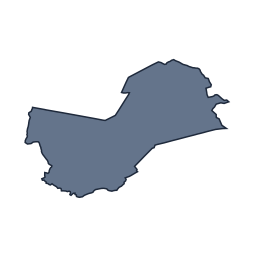 the district of Caruaru, Pernambuco, Brazil, rotated 260°
{"feature_id": "56859067B68143060534399", "entity_name": "Caruaru", "entity_type": "district", "adm_level": 2, "iso_a3": "BRA", "parent_name": "Brazil", "parent_adm1": "Pernambuco", "projection": "equal_earth", "projection_center": [-36.026, -8.188], "detail": "fine", "context": "isolated", "style": "filled", "palette": "slate", "viewbox_px": 256, "rotation_deg": 260, "n_neighbors": 0, "source": "geoboundaries", "source_scale": "gbopen_adm2", "svg_char_len": 2917}
<svg xmlns="http://www.w3.org/2000/svg" viewBox="0 0 256 256"><g transform="rotate(260 128 128)"><path d="M162.8,215.6L163.5,214.0L164.0,212.7L165.3,212.2L166.8,211.6L168.1,210.4L169.5,209.8L171.0,209.2L172.6,209.0L174.1,208.1L174.9,206.7L175.2,205.2L175.7,203.9L176.1,202.3L177.2,200.3L178.0,198.7L179.2,197.2L180.1,195.3L181.1,193.2L182.2,191.9L183.9,189.9L184.8,188.5L185.5,187.3L186.3,186.1L187.4,184.9L187.1,182.6L186.3,181.1L186.1,179.6L185.5,177.7L184.4,176.8L184.3,175.0L185.4,173.5L186.7,171.9L187.8,169.4L186.0,163.0L181.3,148.3L179.7,143.3L178.2,138.6L177.7,137.2L173.7,134.3L170.2,131.9L164.1,127.8L163.3,129.5L162.9,131.7L162.9,133.7L162.5,135.5L160.7,134.3L156.6,130.5L147.0,121.8L142.6,117.7L139.4,106.9L140.0,104.9L143.3,96.2L144.7,92.4L149.0,80.8L154.5,65.9L156.9,59.2L157.5,57.6L160.1,50.4L160.7,49.0L161.8,46.0L163.9,40.3L164.9,37.6L163.9,37.3L162.8,36.5L161.3,35.6L160.2,33.0L158.6,32.5L157.5,32.9L155.4,33.6L152.6,32.0L150.4,31.2L149.3,30.9L146.8,30.0L144.7,28.9L142.2,28.0L140.2,27.9L139.1,27.3L137.6,27.5L136.4,27.0L135.3,25.9L133.5,24.7L131.6,24.2L129.7,26.2L129.5,29.8L130.0,31.0L130.6,32.1L130.5,34.3L130.3,35.9L129.9,37.4L128.7,38.0L127.1,38.2L125.9,38.3L123.9,38.8L122.7,38.7L121.3,39.0L119.7,38.7L117.8,39.1L116.3,39.7L114.6,40.6L112.8,41.5L111.4,42.2L110.1,43.0L108.5,43.4L107.1,43.4L105.9,44.1L105.2,45.1L104.1,46.4L103.0,46.1L102.3,44.9L101.3,44.0L99.8,43.1L98.0,42.5L97.2,41.2L97.9,40.0L98.6,38.3L95.6,37.7L94.1,37.8L93.4,36.3L93.0,34.3L91.5,34.6L91.1,36.5L89.7,37.2L88.9,38.1L87.8,37.8L87.1,39.6L85.9,40.6L85.4,41.8L86.3,43.5L84.7,44.9L82.6,47.4L80.8,48.4L80.7,50.3L80.0,51.5L78.9,51.6L77.7,51.5L77.3,53.6L76.7,55.9L75.9,57.2L76.0,59.1L75.3,60.1L74.1,60.1L72.5,59.2L71.6,60.2L72.4,61.4L73.2,62.9L73.0,64.5L71.7,64.3L71.0,65.5L69.5,65.4L68.8,66.6L68.2,68.1L68.2,71.3L69.1,72.9L69.5,74.2L69.9,76.0L70.3,77.9L70.5,80.9L70.8,82.3L72.1,83.5L73.0,85.3L73.1,89.4L73.1,91.6L72.8,93.7L71.8,96.5L70.3,97.4L69.6,98.5L68.6,101.2L68.8,102.8L68.8,104.6L68.6,106.2L69.9,107.4L71.1,108.9L71.9,111.5L73.0,113.1L73.8,114.5L75.3,114.7L76.3,116.4L77.7,117.2L79.4,116.6L80.1,120.8L80.7,122.7L82.6,127.7L83.3,129.8L84.4,129.0L85.6,129.7L89.1,127.8L91.9,131.7L95.6,136.8L97.5,139.4L103.8,148.3L104.1,150.3L106.4,151.6L106.7,153.9L107.1,161.0L107.9,169.8L108.3,175.1L109.0,183.4L109.7,192.7L110.0,195.6L110.1,197.6L110.4,201.5L110.6,203.5L110.8,205.6L111.4,214.0L111.0,221.1L110.5,224.8L114.4,220.9L119.9,219.6L121.2,219.3L123.0,216.8L124.8,217.0L126.0,217.2L130.6,213.6L132.3,214.9L133.7,216.9L135.2,218.1L136.2,219.1L136.5,221.9L136.7,223.8L135.5,226.9L135.9,229.3L136.3,231.8L138.4,230.1L138.5,227.6L140.3,225.8L142.6,224.0L144.4,222.6L145.4,221.3L145.5,219.4L144.6,218.1L144.3,216.6L144.2,212.3L145.9,211.9L147.4,211.6L149.2,211.7L150.9,211.7L152.2,211.7L153.6,211.7L154.1,214.9L154.2,216.6L156.1,217.5L158.0,216.8L159.1,216.3L162.8,215.6Z" fill="#64748b" stroke="#1e293b" stroke-width="1.5"/></g></svg>